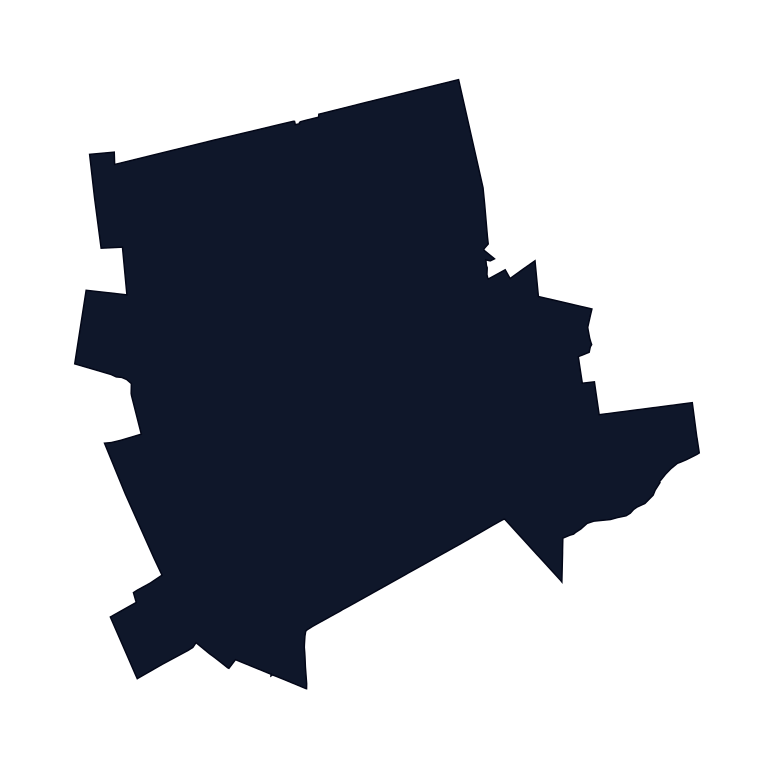 Tecuci, Galati, Romania, rotated 263°
{"feature_id": "2599482B52877412326619", "entity_name": "Tecuci", "entity_type": "district", "adm_level": 2, "iso_a3": "ROU", "parent_name": "Romania", "parent_adm1": "Galati", "projection": "albers", "projection_center": [27.399, 45.839], "detail": "fine", "context": "isolated", "style": "filled", "palette": "ink", "viewbox_px": 768, "rotation_deg": 263, "n_neighbors": 0, "source": "geoboundaries", "source_scale": "gbopen_adm2", "svg_char_len": 2827}
<svg xmlns="http://www.w3.org/2000/svg" viewBox="0 0 768 768"><g transform="rotate(263 384 384)"><path d="M207.5,109.9L199.2,111.2L197.4,111.5L195.6,107.1L186.1,84.0L146.5,95.8L126.2,101.8L121.6,103.2L121.8,103.6L132.8,129.7L143.5,157.2L145.9,162.2L150.2,165.9L137.4,178.1L135.1,180.6L132.8,183.0L127.6,188.2L122.3,193.4L121.5,194.1L120.7,195.4L128.5,203.0L110.1,235.8L109.9,236.6L108.0,236.2L108.9,238.1L108.4,238.7L108.1,239.3L107.1,241.2L104.0,246.8L91.1,269.6L91.0,270.0L96.0,270.7L112.8,271.5L122.8,272.3L127.6,272.6L132.4,272.8L135.5,273.3L143.5,274.8L145.5,275.4L148.1,276.1L149.5,277.9L151.0,281.2L151.3,281.8L151.8,282.8L152.5,284.4L154.3,288.8L161.8,307.4L163.9,312.7L164.7,314.5L165.2,315.4L165.5,316.3L165.7,316.7L165.8,317.1L167.5,321.5L190.5,377.9L192.1,381.8L192.7,383.2L192.9,383.7L193.1,384.0L193.2,384.3L195.2,389.3L197.7,395.5L203.4,409.4L217.0,442.8L218.0,445.1L219.1,447.9L221.0,452.2L221.2,452.7L223.0,457.0L224.4,460.4L225.6,463.2L230.7,475.1L231.9,478.1L233.4,481.7L235.1,486.1L235.1,487.4L216.6,500.5L213.7,502.6L203.2,510.0L195.3,515.6L194.7,516.1L178.8,527.4L168.8,534.5L168.3,534.9L166.9,535.8L165.9,536.4L194.4,540.6L196.8,540.9L209.2,542.7L211.3,550.1L211.9,553.9L213.3,556.0L216.1,561.7L217.5,563.7L220.9,568.6L222.3,575.6L221.9,592.2L223.0,599.5L223.7,608.2L225.6,612.3L225.7,612.6L229.0,616.4L231.0,620.1L233.7,628.5L240.9,637.6L245.6,640.2L252.5,645.9L253.3,645.4L260.3,652.6L264.9,658.3L269.5,665.5L270.3,668.9L272.0,674.8L276.0,686.0L277.2,688.5L292.2,688.1L293.1,688.0L327.9,687.7L327.3,593.8L353.9,593.2L360.5,593.1L360.6,580.9L381.6,580.3L382.0,580.3L383.8,580.3L385.4,580.2L387.5,580.2L387.9,581.5L388.2,582.8L388.5,584.2L388.7,584.8L388.9,585.7L389.7,588.5L390.0,589.6L390.2,590.5L390.5,591.5L395.2,593.1L396.0,593.5L397.8,594.9L399.2,594.6L400.1,594.4L400.6,594.3L402.5,594.0L404.4,593.7L412.4,593.2L415.4,593.1L417.7,593.9L427.5,597.4L433.1,599.5L439.3,582.6L452.0,547.9L485.4,548.8L487.9,548.9L481.3,536.5L473.3,522.0L482.6,518.2L478.2,507.2L476.2,502.1L475.8,501.0L475.5,500.2L476.4,499.9L479.9,499.5L480.7,499.6L486.8,500.6L489.1,500.1L494.9,500.2L493.6,503.4L493.3,504.6L494.8,508.9L499.9,504.0L504.6,499.5L505.9,499.6L510.3,504.5L517.5,504.6L550.1,505.8L566.7,506.2L677.0,495.1L671.6,449.9L665.6,399.9L661.8,369.5L659.7,352.2L656.8,351.6L655.4,339.7L654.5,333.3L653.9,332.0L652.6,331.9L652.2,327.5L653.9,327.4L655.6,327.2L655.8,326.1L654.2,311.3L650.8,281.3L646.9,245.8L641.7,202.4L634.7,143.4L647.0,144.5L647.0,144.3L647.8,119.8L603.8,119.4L553.3,119.8L551.7,141.1L503.8,139.7L513.3,99.8L441.7,79.5L426.7,114.3L423.7,119.1L422.5,124.5L419.8,129.2L415.2,133.3L405.4,131.9L403.2,132.0L363.8,137.0L360.2,115.9L359.1,106.2L359.3,99.4L306.3,113.9L239.2,134.5L221.3,140.4L216.3,130.5L214.9,127.8L209.7,114.6L207.5,109.9Z" fill="#0f172a" stroke="#020617" stroke-width="1.5"/></g></svg>